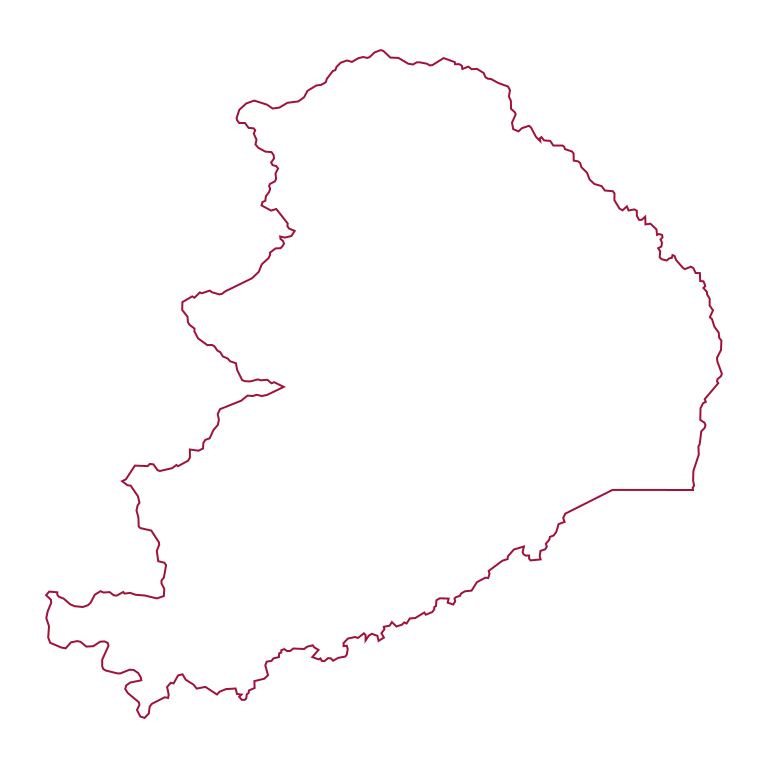 the district of Arraias, Tocantins, Brazil
{"feature_id": "56859067B87570959920414", "entity_name": "Arraias", "entity_type": "district", "adm_level": 2, "iso_a3": "BRA", "parent_name": "Brazil", "parent_adm1": "Tocantins", "projection": "orthographic", "projection_center": [-47.118, -12.82], "detail": "fine", "context": "isolated", "style": "outline", "palette": "rose", "viewbox_px": 768, "rotation_deg": 0, "n_neighbors": 0, "source": "geoboundaries", "source_scale": "gbopen_adm2", "svg_char_len": 6055}
<svg xmlns="http://www.w3.org/2000/svg" viewBox="0 0 768 768"><path d="M454.8,62.1L443.6,58.1L432.4,65.1L429.8,65.4L426.9,63.7L419.5,62.3L416.8,62.3L413.0,64.5L408.2,63.7L398.4,57.9L390.4,57.6L383.3,50.9L380.7,50.1L374.4,52.5L369.6,57.1L367.3,57.9L363.1,57.0L358.1,58.3L352.0,61.9L346.9,60.5L340.7,62.7L336.5,66.9L335.3,70.2L332.9,70.9L326.8,78.9L325.8,82.2L321.3,84.8L316.3,85.5L307.5,90.8L304.1,97.2L298.4,101.4L287.4,102.8L279.4,107.6L272.6,108.5L266.9,104.6L254.3,100.6L246.3,103.4L239.3,109.8L236.6,118.1L237.1,120.3L239.2,123.0L245.0,123.0L248.6,127.9L253.5,128.3L255.2,130.2L253.8,133.7L256.5,139.6L255.5,144.5L258.3,147.8L265.3,151.6L271.5,152.1L273.6,155.1L274.0,158.5L271.1,162.6L272.7,165.2L276.1,166.0L278.1,168.5L275.5,173.5L276.1,178.8L275.0,181.3L270.0,183.9L269.1,186.0L270.2,188.9L269.0,192.2L265.9,196.2L265.3,200.8L262.5,202.0L261.5,205.4L271.1,210.6L276.3,209.0L287.7,223.5L287.4,226.2L289.1,228.6L294.7,230.9L291.4,236.0L284.9,237.6L280.2,236.5L280.5,238.9L283.0,241.0L284.0,243.7L282.5,246.1L280.5,248.2L275.6,248.4L269.9,252.7L270.1,254.8L268.7,258.0L261.8,264.3L258.8,271.8L252.1,278.2L224.6,291.7L222.5,293.6L219.5,294.4L211.8,292.2L209.8,290.6L201.7,293.3L199.9,292.4L194.5,297.7L192.2,296.4L182.4,302.1L182.2,310.0L187.5,316.7L187.9,321.9L189.4,324.7L194.5,328.6L194.4,331.4L198.1,338.4L207.3,345.1L212.1,345.0L214.4,346.3L217.4,350.6L220.3,352.2L222.8,356.4L227.7,358.5L230.1,361.3L235.9,363.2L237.2,370.1L242.1,380.0L244.9,381.2L250.4,381.4L257.9,379.4L260.8,380.3L267.4,379.8L271.5,383.3L274.2,382.2L283.7,386.9L266.9,395.0L261.9,396.0L256.7,394.8L252.9,396.0L247.5,395.6L241.2,400.7L220.1,409.1L217.7,414.0L218.9,419.6L217.8,425.0L213.3,430.2L209.7,438.3L205.3,439.9L203.4,442.8L203.0,448.5L198.5,450.7L189.9,449.5L189.9,457.6L188.1,460.7L178.0,466.2L176.4,465.0L172.1,468.2L159.9,471.0L157.6,470.2L153.5,464.4L149.9,463.9L147.7,466.1L134.9,465.6L125.9,479.3L122.1,481.2L127.4,485.2L130.7,485.7L137.9,496.2L139.5,502.7L137.7,505.2L136.5,510.4L138.4,517.4L138.7,526.5L140.4,528.1L151.3,530.6L158.9,542.3L159.2,544.8L156.8,550.8L158.2,561.2L164.4,562.7L166.1,565.2L163.9,577.5L161.5,580.5L161.5,583.4L164.3,588.9L163.8,596.1L156.8,598.4L144.9,595.5L135.8,594.8L130.2,592.9L124.6,593.6L123.3,592.0L116.7,595.6L113.8,595.3L109.6,592.1L103.6,592.5L100.5,591.2L94.8,594.7L90.5,602.9L88.0,605.2L82.8,607.0L74.7,606.2L70.3,604.4L63.8,598.7L58.8,596.7L57.3,594.7L57.3,592.3L49.2,591.6L46.1,595.2L50.9,599.7L51.2,602.8L47.7,611.3L46.3,618.1L49.0,626.2L48.2,637.5L50.2,642.8L61.5,647.6L65.7,648.3L70.9,642.4L77.2,641.1L80.5,641.8L86.4,646.6L93.3,646.2L100.1,641.7L104.4,641.4L107.7,642.9L108.5,645.8L102.2,659.7L102.2,666.3L103.3,669.0L105.7,670.5L117.4,673.4L120.4,673.4L129.6,669.7L133.7,670.0L138.3,673.1L140.8,677.4L141.3,680.3L130.3,682.5L126.3,685.3L125.2,689.0L127.8,693.0L138.9,702.3L139.4,705.0L137.0,710.0L140.3,716.5L144.6,717.9L148.8,713.5L149.7,706.5L151.9,703.8L164.7,697.3L168.1,697.9L168.7,694.6L167.1,687.0L170.7,682.8L173.6,683.4L178.1,675.4L182.5,674.3L185.7,679.7L193.6,684.7L196.7,688.6L205.4,686.9L217.0,694.5L219.6,691.7L226.0,689.1L235.6,688.5L237.0,694.0L241.5,694.6L239.2,696.8L241.8,699.8L244.6,699.9L246.2,698.6L246.8,694.3L248.6,693.0L248.9,690.5L254.6,688.0L254.4,681.1L264.3,678.7L268.0,675.2L265.3,665.3L266.7,661.7L271.6,660.8L273.4,658.4L278.9,657.1L279.2,653.3L281.3,652.5L281.3,650.2L284.3,649.1L287.0,651.0L290.1,651.0L293.3,648.5L304.1,649.0L307.1,646.7L312.8,645.3L314.0,647.2L318.5,649.9L312.3,657.1L318.7,659.4L320.4,658.4L321.9,661.0L324.4,661.2L328.1,658.1L330.9,658.4L333.1,660.7L338.3,657.8L345.2,656.6L346.8,654.5L347.7,649.0L346.8,645.8L343.6,646.1L343.6,643.0L348.0,638.5L355.2,637.0L357.9,638.0L363.9,633.3L365.6,635.1L365.6,640.4L368.8,635.7L371.8,633.8L377.4,635.8L378.6,640.9L383.9,637.6L381.4,633.2L384.4,629.3L383.8,626.8L389.6,625.7L391.9,622.1L396.4,626.5L401.9,624.7L404.3,622.4L406.6,623.5L409.8,618.5L415.3,618.0L424.3,612.5L425.8,614.7L432.2,612.1L434.2,609.4L434.3,607.1L436.0,606.0L436.4,600.3L439.8,598.3L448.6,598.6L447.7,602.7L453.2,604.5L455.2,601.4L454.5,598.5L456.1,597.1L460.0,595.8L461.0,593.6L464.9,591.3L471.6,590.6L476.9,582.2L485.3,577.7L488.2,578.0L489.5,573.9L488.7,570.9L502.4,560.7L507.6,559.1L507.9,556.3L513.9,549.5L523.9,546.5L522.6,552.2L523.4,554.1L525.6,555.6L529.1,555.5L529.1,558.7L530.6,560.4L540.6,559.4L539.7,556.3L540.5,550.9L545.2,549.3L546.8,546.7L545.9,543.7L549.3,539.7L549.9,536.9L553.6,535.5L556.2,532.1L558.6,524.1L564.6,521.9L563.2,518.1L565.2,513.7L612.5,489.9L693.0,490.0L692.7,487.8L694.1,485.6L693.1,480.5L693.4,470.9L698.8,454.6L698.4,446.6L699.7,444.2L701.3,431.3L704.6,428.0L705.5,425.2L704.4,422.6L700.3,420.0L700.5,408.3L703.1,403.2L705.8,401.9L704.7,399.2L718.3,383.1L717.0,381.5L717.5,379.1L720.8,376.4L721.9,373.9L717.3,361.3L717.0,357.8L721.0,350.0L721.4,340.6L719.2,337.8L718.7,332.6L714.4,326.7L712.0,319.2L709.9,317.2L713.0,310.3L709.6,305.5L709.7,298.8L707.0,294.2L707.0,292.0L703.4,288.0L705.2,286.2L704.5,283.6L703.4,281.3L700.2,281.1L699.9,273.1L695.6,273.0L693.4,268.2L690.9,266.7L684.9,269.1L683.0,267.9L676.2,260.2L674.5,255.9L672.5,255.1L671.8,257.9L669.4,258.3L666.7,260.5L661.6,259.2L659.7,257.3L660.2,251.3L658.2,248.2L661.4,246.5L662.0,242.6L660.5,239.5L662.5,237.4L662.1,235.0L659.0,234.0L657.1,234.9L656.4,229.3L650.4,223.7L645.5,224.4L645.2,216.7L641.6,219.9L639.1,219.9L636.9,215.9L636.8,210.7L634.4,209.4L628.6,210.5L626.9,206.4L622.6,210.3L619.5,208.6L614.4,200.2L614.5,193.4L612.8,191.2L604.8,190.5L601.6,186.1L594.4,184.0L591.5,181.3L589.5,179.3L587.0,172.7L581.4,167.2L580.1,163.0L578.2,161.4L573.7,160.6L573.6,153.5L572.0,151.5L565.0,149.1L564.1,146.6L562.4,145.5L553.3,145.5L550.2,140.9L544.1,140.4L541.4,137.1L539.8,138.4L540.2,141.1L536.0,136.9L531.0,127.5L529.0,125.8L521.9,128.2L518.5,131.4L513.2,129.1L512.0,122.6L515.7,114.4L514.8,112.2L511.0,108.8L510.9,100.9L508.9,96.5L510.0,90.2L508.0,86.5L498.5,83.1L491.0,79.0L487.8,78.7L485.4,77.1L483.7,73.0L477.0,68.9L471.7,69.2L468.3,66.6L462.4,69.0L461.8,65.7L459.4,64.2L455.0,64.2L454.8,62.1Z" fill="none" stroke="#9f1239" stroke-width="2"/></svg>